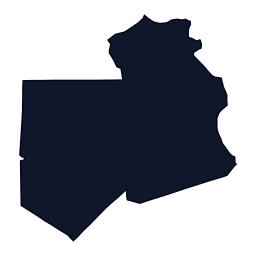 outline of Beygee, Sala ad-Din, Iraq
{"feature_id": "34846034B92184872032162", "entity_name": "Beygee", "entity_type": "district", "adm_level": 2, "iso_a3": "IRQ", "parent_name": "Iraq", "parent_adm1": "Sala ad-Din", "projection": "mercator", "projection_center": [43.192, 34.889], "detail": "fine", "context": "isolated", "style": "filled", "palette": "ink", "viewbox_px": 256, "rotation_deg": 0, "n_neighbors": 0, "source": "geoboundaries", "source_scale": "gbopen_adm2", "svg_char_len": 2076}
<svg xmlns="http://www.w3.org/2000/svg" viewBox="0 0 256 256"><path d="M22.7,109.7L22.3,117.8L21.2,135.1L20.1,152.0L19.9,154.7L21.9,156.7L23.0,156.9L24.4,157.6L24.7,159.9L22.6,160.4L20.6,160.9L21.3,205.4L33.0,212.8L41.6,218.4L45.0,220.8L50.2,223.8L58.8,229.3L67.9,234.9L72.5,239.8L73.4,240.6L78.7,235.4L82.8,230.9L90.6,223.4L100.3,213.4L103.8,209.8L110.1,203.8L117.2,197.8L122.0,193.4L124.2,191.3L126.5,189.4L126.7,193.7L126.8,195.8L127.4,199.7L139.9,203.2L146.4,200.9L165.9,194.8L185.4,188.3L209.8,180.5L216.2,178.6L223.3,176.5L225.6,175.7L226.8,175.3L228.5,173.1L234.9,165.1L236.1,164.3L234.8,162.8L234.8,159.8L234.6,157.0L231.9,155.8L230.8,154.8L229.2,153.2L223.2,144.7L222.1,143.3L220.6,138.6L218.9,135.2L217.9,132.7L217.1,129.8L216.8,127.8L216.8,125.4L216.8,122.1L216.7,119.4L216.8,118.3L218.4,113.9L219.0,112.7L221.3,109.9L224.6,107.2L227.0,105.1L226.6,99.6L226.7,95.2L225.5,92.0L223.7,87.9L223.0,86.5L222.8,84.4L222.1,82.6L221.8,80.6L221.4,78.8L221.2,78.2L216.3,77.4L214.6,77.2L211.8,75.5L208.7,72.2L205.1,67.8L201.7,64.3L195.4,57.8L193.3,55.3L193.5,53.3L193.6,52.2L196.5,50.5L198.3,49.2L200.6,48.3L201.0,47.7L201.1,46.8L201.2,45.7L201.3,44.6L200.8,42.2L200.1,40.3L199.8,40.0L198.3,40.6L196.1,41.1L194.6,39.9L191.9,38.6L190.0,37.9L188.1,37.3L188.2,36.9L188.2,34.9L188.2,32.5L188.2,30.5L188.6,28.5L189.5,26.2L190.4,24.0L190.0,21.3L189.3,21.2L187.5,20.6L186.6,20.0L185.8,19.3L184.1,19.7L182.8,19.9L181.7,20.1L179.7,19.7L177.5,19.4L174.4,19.6L171.0,20.4L169.1,21.7L167.2,22.8L163.5,23.3L160.1,23.6L157.4,23.1L153.7,22.1L151.7,20.9L148.9,19.0L148.0,18.5L147.0,17.5L145.7,16.5L144.5,15.4L143.6,17.5L143.1,18.7L141.1,20.3L138.4,23.0L135.7,24.8L130.6,28.3L126.7,30.9L124.1,32.3L120.0,33.3L115.3,34.5L110.9,38.0L108.1,40.1L109.7,42.4L110.9,43.8L110.2,47.4L109.5,50.2L109.5,53.0L111.7,56.5L114.3,60.9L116.8,66.5L121.1,68.4L121.9,73.3L122.5,76.9L122.9,80.1L97.4,80.4L94.1,80.4L71.6,80.4L68.3,80.4L65.0,80.4L57.4,80.4L54.1,80.4L44.2,80.6L40.9,80.6L39.1,80.6L35.8,80.6L23.2,80.8L22.9,89.4L22.9,97.5L22.7,105.2L22.7,109.7Z" fill="#0f172a" stroke="#020617" stroke-width="1.5"/></svg>